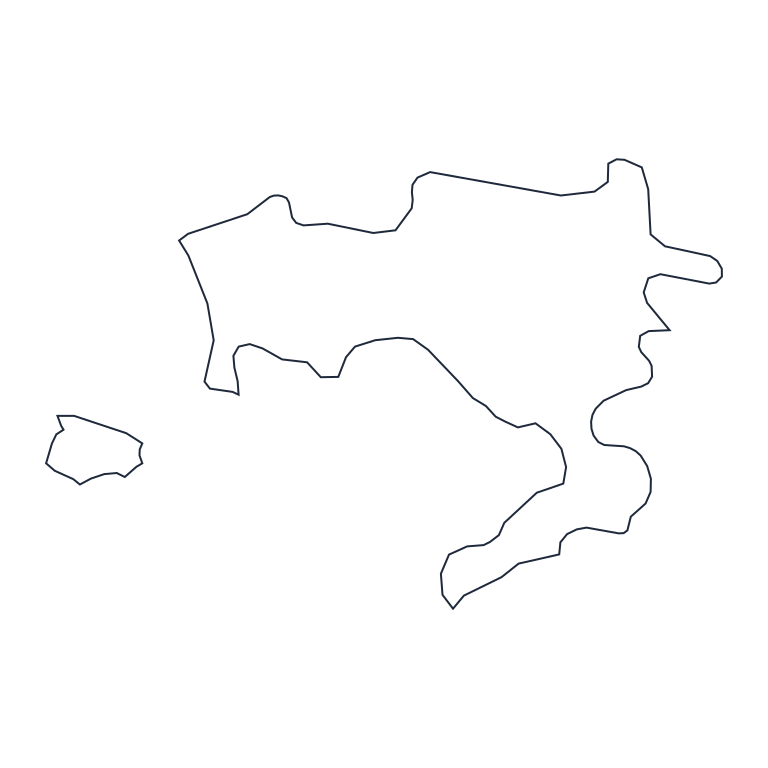 outline of Napoli
{"feature_id": "ITA-5397", "entity_name": "Napoli", "entity_type": "Province", "adm_level": 1, "iso_a3": "ITA", "parent_name": "Italy", "parent_adm1": "", "projection": "robinson", "projection_center": [14.319, 40.794], "detail": "fine", "context": "isolated", "style": "outline", "palette": "slate", "viewbox_px": 768, "rotation_deg": 0, "n_neighbors": 0, "source": "natural_earth", "source_scale": "10m", "svg_char_len": 1869}
<svg xmlns="http://www.w3.org/2000/svg" viewBox="0 0 768 768"><path d="M559.2,554.4L518.6,563.6L501.6,577.1L463.9,595.6L453.0,608.7L442.5,594.8L440.9,573.7L449.0,554.6L467.1,546.4L483.6,545.1L489.9,542.0L498.9,535.1L504.3,522.8L536.8,492.7L563.3,483.6L566.1,467.1L561.4,448.8L550.3,434.2L535.5,423.3L517.9,427.4L504.8,421.4L495.7,416.7L485.9,406.0L472.8,398.0L458.2,381.3L428.1,349.8L413.1,339.1L397.9,337.8L375.3,340.2L355.0,346.6L346.0,357.2L338.3,376.9L320.8,377.2L307.1,362.3L282.1,359.4L262.5,348.4L249.7,344.1L238.7,346.6L233.4,355.8L234.4,367.7L237.6,381.0L238.6,394.7L232.6,391.9L209.9,388.6L204.5,381.6L213.7,340.3L207.4,303.5L188.4,255.6L179.1,240.5L188.1,233.8L247.3,214.2L269.8,197.0L273.9,195.6L278.2,195.4L282.4,196.3L286.5,198.1L289.0,202.5L292.1,217.5L296.2,222.9L303.6,225.4L327.8,223.7L373.3,233.0L395.5,230.3L411.7,208.3L412.7,200.0L411.9,192.2L412.5,184.8L417.5,177.6L430.1,172.1L560.9,195.5L594.5,191.6L607.8,181.9L608.3,163.6L616.6,159.3L624.5,159.8L641.8,167.4L648.2,189.2L650.6,234.4L665.0,246.3L710.2,256.1L717.3,261.0L721.8,268.7L721.9,276.6L716.1,282.5L709.3,283.6L660.4,274.2L648.3,278.3L643.7,292.4L647.1,302.9L669.6,330.2L648.7,331.1L640.2,335.8L638.8,346.9L641.3,352.2L649.1,360.8L651.6,365.8L652.1,376.7L648.1,383.2L641.2,386.6L626.2,390.1L603.6,400.7L595.7,408.7L592.5,414.8L591.1,421.7L591.5,428.9L593.6,435.6L598.3,442.0L604.3,445.0L624.0,446.3L630.0,448.1L635.7,451.1L640.6,455.5L647.2,466.1L650.9,478.8L650.6,491.9L645.6,503.5L630.8,516.7L627.4,530.4L623.7,533.1L618.9,533.4L586.5,527.6L576.7,529.4L567.1,534.1L560.4,542.3L559.2,554.4ZM124.8,477.0L116.7,473.0L104.3,474.1L90.9,478.6L79.9,484.5L73.2,479.1L54.8,470.8L46.1,463.3L51.9,443.6L56.3,434.4L63.5,429.7L61.1,425.7L57.5,415.9L74.2,415.9L126.3,433.2L142.3,443.4L139.7,449.5L139.5,455.4L142.3,463.3L136.4,466.8L124.8,477.0Z" fill="none" stroke="#1e293b" stroke-width="2"/></svg>